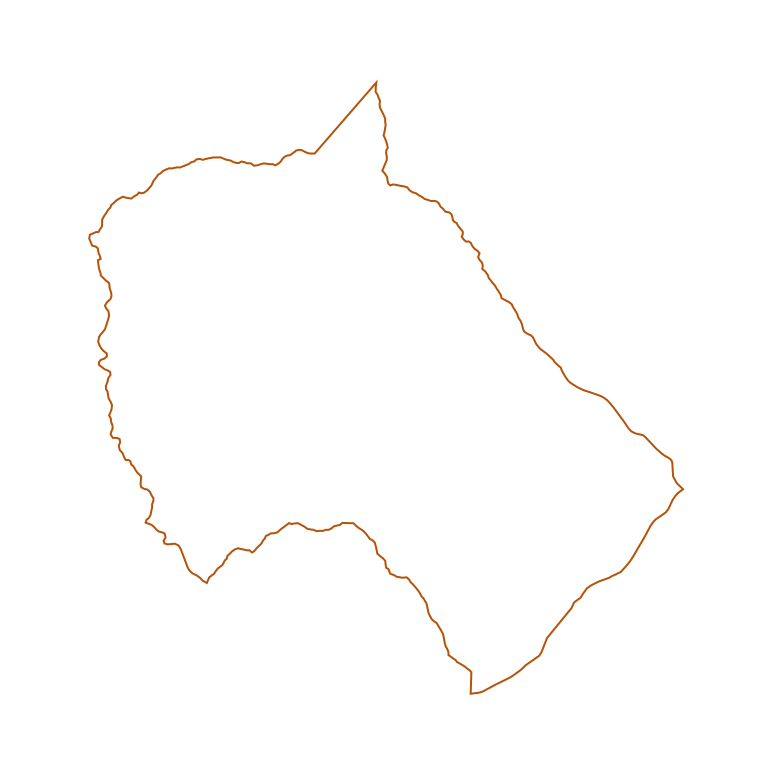 outline of Selvíria, Mato Grosso do Sul, Brazil, rotated 6°
{"feature_id": "56859067B49043027609774", "entity_name": "Selvíria", "entity_type": "district", "adm_level": 2, "iso_a3": "BRA", "parent_name": "Brazil", "parent_adm1": "Mato Grosso do Sul", "projection": "albers", "projection_center": [-51.796, -20.268], "detail": "fine", "context": "isolated", "style": "outline", "palette": "amber", "viewbox_px": 768, "rotation_deg": 6, "n_neighbors": 0, "source": "geoboundaries", "source_scale": "gbopen_adm2", "svg_char_len": 6118}
<svg xmlns="http://www.w3.org/2000/svg" viewBox="0 0 768 768"><g transform="rotate(6 384 384)"><path d="M692.4,457.4L685.5,452.0L681.2,445.7L680.0,438.7L679.6,436.1L679.1,432.9L678.2,430.4L676.4,428.6L674.3,427.5L670.4,425.9L666.9,423.7L661.4,419.8L649.6,409.6L646.9,407.8L642.8,407.3L639.2,406.9L634.8,405.2L631.5,402.2L627.1,396.9L624.0,393.5L615.0,383.6L611.9,380.6L607.8,376.9L604.5,374.9L600.5,373.2L595.8,372.1L589.8,370.7L583.5,369.4L576.7,367.0L570.0,363.7L566.9,361.6L563.3,357.5L559.2,351.6L558.2,349.3L555.2,347.3L551.7,344.6L549.5,342.0L543.3,337.3L535.8,332.8L532.5,329.7L530.8,327.8L529.1,324.9L527.3,322.1L525.1,320.3L522.1,319.3L519.7,318.3L517.7,316.9L516.5,314.7L515.0,310.3L513.3,307.1L510.7,304.0L509.3,300.6L507.6,298.3L506.0,296.2L504.1,293.8L502.6,291.3L499.8,289.5L495.4,287.7L491.9,286.4L491.0,283.6L489.6,281.6L488.1,279.6L486.4,277.8L484.9,275.6L483.4,273.8L481.2,271.9L479.2,269.7L477.0,267.6L476.0,265.0L473.0,261.5L469.7,259.4L469.9,255.8L468.5,252.7L466.3,250.9L464.3,247.8L465.4,244.0L463.0,241.7L459.8,240.0L457.3,237.4L455.7,234.7L453.4,233.4L450.6,233.8L448.0,231.8L445.9,229.4L446.7,226.6L446.3,224.0L443.8,221.7L441.0,218.8L439.4,216.3L437.2,215.5L435.3,213.7L434.6,210.8L433.4,208.2L431.2,206.6L427.0,206.2L424.4,203.6L421.5,201.6L419.9,198.9L417.6,197.1L415.0,196.6L411.7,197.1L408.2,196.3L405.0,195.7L402.2,194.0L399.0,192.7L396.0,191.0L392.2,190.3L389.2,188.7L386.7,186.1L383.7,185.4L380.2,185.2L372.5,184.5L369.4,185.8L367.4,184.3L366.4,181.6L365.3,177.7L362.6,174.4L360.0,172.0L360.8,169.5L361.5,166.9L362.6,163.5L363.3,161.0L363.1,157.9L361.9,154.0L361.9,151.1L363.1,148.7L361.9,145.0L360.5,141.9L359.1,139.2L357.6,136.9L358.1,133.5L358.3,131.0L358.6,126.1L357.8,123.2L357.4,119.9L356.0,117.3L353.6,113.4L351.0,109.4L350.3,105.8L350.5,103.1L348.6,99.7L347.4,97.1L345.1,94.3L344.8,89.4L344.8,85.0L290.9,162.1L287.4,162.4L284.5,162.5L280.8,161.3L278.0,160.1L275.3,159.9L272.2,161.0L270.5,162.8L268.4,164.7L266.4,166.4L264.1,166.8L261.4,168.4L259.3,171.0L258.0,173.8L255.7,176.0L253.0,177.9L250.1,176.9L247.8,177.4L244.7,177.2L241.2,177.2L238.1,178.4L235.6,179.6L232.1,180.5L228.5,178.5L225.0,178.8L221.6,177.9L218.8,177.7L216.8,179.3L214.4,179.6L211.4,179.1L207.7,177.7L203.7,177.4L200.5,176.5L198.1,175.7L194.9,176.0L190.4,176.6L186.5,177.7L183.3,178.8L180.3,180.0L177.4,179.4L174.0,180.2L172.1,182.4L169.2,183.5L166.9,185.6L162.8,187.8L158.2,190.1L155.8,190.1L153.5,190.8L150.9,191.7L147.7,192.0L144.2,193.8L141.6,195.6L139.8,197.8L137.4,199.6L135.7,202.7L133.6,205.9L132.8,208.4L132.0,210.7L130.3,213.3L128.3,216.1L125.3,218.9L122.8,219.7L120.2,219.2L118.7,221.6L115.9,223.5L113.3,226.0L107.2,225.6L104.8,225.0L101.9,226.9L98.7,229.3L95.9,232.7L94.1,234.4L93.5,236.9L91.3,239.9L90.0,242.8L88.3,245.7L86.5,250.0L86.9,253.8L87.0,256.9L85.2,260.3L84.1,262.7L81.5,263.1L78.6,264.8L75.9,266.3L75.6,270.1L79.3,276.9L83.0,277.5L85.2,279.0L86.4,283.5L88.3,286.8L89.1,289.3L86.6,290.7L87.2,293.8L88.1,297.5L89.0,300.3L90.3,302.7L91.0,305.7L96.9,310.4L99.8,312.0L100.6,314.4L101.1,317.3L103.1,321.7L103.8,325.0L103.0,328.2L100.0,331.6L98.3,335.2L99.5,337.5L102.3,340.4L103.5,344.7L102.9,348.4L102.1,352.6L101.4,355.6L100.9,358.5L99.1,361.4L96.7,364.9L95.7,367.1L95.3,371.9L97.2,375.5L99.3,378.4L101.8,380.6L105.1,382.6L105.5,385.5L103.2,388.0L99.9,389.6L98.1,392.3L98.6,394.8L104.6,398.5L107.8,399.4L110.4,400.6L111.0,403.5L109.2,407.1L108.7,411.2L107.6,414.9L108.0,417.8L109.9,420.7L110.8,424.2L111.7,427.2L113.9,430.1L115.7,433.5L115.7,437.4L114.7,441.5L113.9,444.1L115.8,446.7L116.6,450.4L118.1,453.0L118.8,456.4L117.7,460.2L117.4,462.8L119.9,465.9L124.2,465.6L126.8,466.4L127.7,469.6L126.6,473.3L128.3,477.5L131.2,480.0L133.3,484.1L135.3,486.7L137.7,486.2L139.8,487.3L141.0,490.5L143.5,492.1L145.8,495.4L147.8,497.8L152.2,501.3L152.4,509.3L153.3,512.0L156.8,513.5L159.8,513.7L162.4,515.6L164.7,519.4L166.7,521.7L166.8,524.7L165.9,527.8L166.3,530.9L165.4,539.0L163.9,542.2L162.0,543.8L161.4,546.8L164.9,547.7L167.9,548.5L170.5,550.4L173.1,552.9L176.0,554.4L178.8,554.7L181.5,555.7L182.8,559.4L181.2,563.0L182.3,565.4L185.2,566.1L188.3,565.6L192.8,564.7L196.4,566.0L198.3,568.2L199.7,570.5L208.1,587.3L210.0,589.8L213.3,592.3L217.3,593.8L219.5,594.9L222.0,596.5L224.2,598.6L228.6,600.4L230.3,594.8L232.4,592.6L234.6,590.7L236.4,587.4L238.0,584.8L240.1,582.9L242.2,581.0L243.2,578.6L244.1,576.1L245.9,574.2L246.3,571.2L248.9,568.3L250.4,566.3L253.0,564.1L256.0,562.6L258.6,563.1L261.2,563.2L264.9,563.7L267.4,563.4L270.3,565.4L272.4,563.8L274.0,561.3L275.6,559.2L277.3,557.3L278.9,555.2L280.0,552.4L281.6,550.1L282.4,547.5L284.6,546.2L287.3,544.3L290.4,543.9L293.6,542.6L296.2,539.6L299.2,536.8L301.7,534.5L304.1,532.3L306.6,532.9L310.3,531.9L313.0,531.4L319.5,534.1L322.9,536.0L326.4,536.4L328.7,536.3L332.5,537.4L335.5,536.7L338.7,536.5L341.2,535.1L344.2,534.8L346.8,533.1L349.2,530.7L352.6,529.5L354.9,528.7L357.1,526.5L368.2,525.7L370.9,527.8L373.9,529.8L378.1,531.8L381.1,534.2L383.3,536.5L386.2,539.6L388.8,540.5L391.3,542.5L392.8,546.1L395.1,553.4L397.9,555.4L401.4,557.6L403.8,559.8L404.4,563.2L405.4,566.6L407.9,567.6L409.9,572.0L414.2,573.1L416.8,574.4L419.6,574.5L422.4,574.8L426.6,573.9L429.3,575.7L431.3,578.4L433.4,580.0L435.9,582.2L438.3,584.6L440.3,586.7L442.3,589.4L443.7,591.5L445.7,593.0L447.4,595.5L449.2,597.7L451.2,603.9L452.3,607.2L453.7,609.6L456.3,613.2L458.8,614.9L461.5,616.3L463.1,618.7L464.8,620.8L467.0,623.8L468.9,626.5L471.5,635.2L472.9,638.7L474.6,640.9L476.0,643.6L476.5,646.9L479.6,648.5L481.9,650.0L484.1,651.0L485.6,652.8L487.9,653.8L491.6,655.4L494.1,656.7L496.9,658.5L499.3,659.9L501.0,661.5L502.6,683.0L510.9,681.0L514.0,679.7L516.0,678.4L525.6,671.8L540.8,662.2L543.8,659.6L550.0,654.0L554.3,648.9L566.9,637.9L568.7,634.1L571.1,625.4L572.7,619.6L593.9,587.3L595.8,581.5L598.5,578.9L601.8,576.1L603.7,572.0L607.3,565.8L611.2,562.5L618.4,557.9L621.9,556.2L628.0,553.3L631.1,551.0L634.3,549.2L636.8,547.6L639.0,546.3L643.4,540.4L647.2,534.6L649.1,531.0L658.8,509.7L661.4,503.3L663.8,497.5L666.2,493.0L668.5,490.1L677.5,482.4L679.9,478.6L683.0,469.5L685.5,464.8L687.7,461.8L692.4,457.4Z" fill="none" stroke="#b45309" stroke-width="2"/></g></svg>